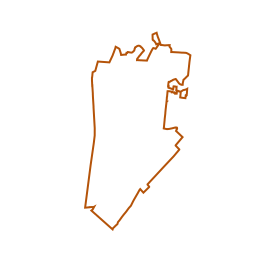 Babiciu, Olt, Romania, rotated 295°
{"feature_id": "2599482B4228575474869", "entity_name": "Babiciu", "entity_type": "district", "adm_level": 2, "iso_a3": "ROU", "parent_name": "Romania", "parent_adm1": "Olt", "projection": "robinson", "projection_center": [24.569, 44.021], "detail": "fine", "context": "isolated", "style": "outline", "palette": "amber", "viewbox_px": 256, "rotation_deg": 295, "n_neighbors": 0, "source": "geoboundaries", "source_scale": "gbopen_adm2", "svg_char_len": 5882}
<svg xmlns="http://www.w3.org/2000/svg" viewBox="0 0 256 256"><g transform="rotate(295 128 128)"><path d="M220.3,153.8L220.6,151.6L220.6,151.4L220.6,151.2L220.7,150.8L220.7,150.4L220.7,150.0L220.7,149.7L220.7,149.4L220.6,148.8L220.6,148.7L220.5,148.4L220.3,148.0L220.2,147.8L220.1,147.4L220.0,147.2L219.6,146.2L218.9,144.6L218.8,144.3L218.5,143.5L218.0,142.2L217.9,141.9L217.6,141.2L216.2,137.7L216.0,137.2L215.4,135.7L215.1,135.1L217.0,134.3L217.5,134.1L217.9,133.8L218.0,133.7L218.2,133.4L218.4,133.0L218.7,132.4L218.9,132.0L219.2,131.5L219.3,131.2L219.5,131.1L219.9,131.0L220.3,130.8L220.7,130.7L219.9,129.1L219.3,128.1L218.5,126.4L218.4,126.4L218.1,125.6L218.0,125.1L217.9,124.7L217.7,124.3L217.6,123.8L217.2,123.0L217.1,122.6L217.5,122.2L218.3,121.5L218.7,121.1L219.7,120.1L219.9,119.9L220.4,119.4L221.5,118.3L223.3,116.4L224.2,115.6L225.3,114.6L225.6,114.3L225.9,114.1L226.4,113.7L225.8,113.2L224.8,112.2L224.0,111.6L223.1,110.8L222.7,111.0L222.1,111.2L221.5,111.5L220.8,111.9L219.9,112.3L218.4,113.1L218.2,113.6L218.3,113.7L218.2,114.1L218.1,114.5L217.9,114.9L217.8,115.2L217.7,115.4L217.4,116.0L217.1,116.5L216.7,117.2L216.2,117.8L215.8,118.2L216.3,118.7L217.5,120.0L218.0,120.6L217.8,120.8L214.7,120.2L214.2,120.1L213.6,120.0L212.3,119.8L211.9,119.7L211.5,119.6L211.4,118.5L211.3,117.9L211.2,117.3L210.7,116.9L210.3,116.9L209.4,116.8L208.1,116.7L202.4,116.6L201.0,116.6L199.8,116.6L198.4,116.6L197.1,116.7L195.9,113.8L195.3,112.3L194.7,110.9L194.1,109.3L193.9,108.9L193.6,108.1L193.3,107.5L193.8,107.3L194.4,107.2L194.6,107.1L195.1,107.2L195.4,107.3L195.8,107.4L196.2,107.5L196.9,107.6L197.8,107.8L198.2,107.9L198.4,107.9L198.8,108.1L199.2,108.2L199.8,108.4L200.1,108.4L200.4,108.5L201.0,108.6L201.7,108.8L202.8,109.1L203.4,109.3L203.9,109.5L204.6,109.7L205.0,109.7L205.3,109.3L205.6,108.7L205.8,108.3L206.1,107.8L206.4,107.2L206.7,106.5L207.0,105.3L207.0,105.1L207.2,104.9L207.3,104.8L207.3,104.6L207.3,104.4L207.3,103.9L207.3,103.6L207.2,103.1L207.0,102.7L206.8,102.4L206.5,102.1L206.1,101.7L205.5,101.3L204.8,101.0L204.6,100.7L204.3,100.5L203.9,100.4L203.5,100.5L203.1,100.6L202.8,100.5L202.2,100.6L201.8,100.8L201.5,100.8L200.8,100.9L200.5,100.8L200.0,100.6L199.5,100.4L198.7,100.1L198.1,99.7L197.9,99.5L197.6,98.7L197.3,97.8L197.1,96.9L196.9,96.1L196.8,95.8L196.7,95.6L196.3,95.6L196.0,95.6L195.7,95.6L195.4,95.4L195.3,95.2L195.3,94.9L193.6,95.1L193.5,94.7L193.2,94.1L191.3,90.9L193.0,89.6L196.1,86.7L196.3,84.7L196.4,82.5L194.2,82.9L193.3,82.9L192.1,83.0L190.1,83.2L189.6,83.2L188.2,83.3L187.4,83.4L179.6,83.4L175.5,72.6L166.0,74.2L165.5,73.9L163.6,72.4L163.3,72.5L163.2,72.5L162.8,72.7L162.1,72.9L161.0,73.3L160.5,73.5L160.2,73.6L159.2,73.9L158.7,74.1L158.3,74.1L156.8,74.8L156.5,75.0L156.2,75.1L155.6,75.4L155.0,75.7L154.3,76.1L153.5,76.5L151.2,77.7L151.3,77.8L150.7,78.1L144.3,81.6L143.6,81.9L143.1,82.2L142.1,82.7L141.7,82.9L132.7,87.8L132.4,87.9L113.8,97.9L107.1,101.0L100.1,103.3L78.3,109.9L37.7,122.8L38.0,123.4L39.0,125.1L39.8,126.5L40.0,126.5L41.6,129.8L41.9,130.3L42.3,130.6L39.2,130.4L37.7,129.7L29.6,156.9L30.8,156.8L31.2,156.9L32.6,157.5L33.3,157.7L35.3,158.5L35.9,158.8L36.2,158.9L36.4,159.0L36.6,159.0L38.3,158.7L38.5,158.7L40.0,159.1L40.6,159.3L44.9,160.1L48.0,160.8L49.8,161.3L51.0,161.6L52.3,161.9L53.5,162.1L55.9,162.6L57.5,163.1L58.5,163.4L58.8,163.5L59.6,163.5L63.4,163.6L65.4,163.7L67.6,163.9L69.9,164.1L71.1,164.2L73.2,164.4L75.2,164.5L76.1,164.6L76.7,164.6L77.0,164.7L77.8,164.9L75.9,169.3L83.4,172.1L83.6,172.1L83.8,171.9L84.9,169.7L85.2,169.5L89.2,170.8L106.9,176.5L116.4,179.6L121.5,181.3L130.1,183.6L130.3,183.5L132.2,178.6L132.5,178.5L142.8,181.3L145.6,172.8L146.4,172.8L147.6,172.8L147.6,172.5L147.7,172.4L148.0,172.4L148.6,172.5L148.8,172.4L149.0,172.2L148.9,171.7L148.8,171.4L148.6,171.1L148.5,170.7L148.0,170.1L146.1,167.8L145.4,166.8L144.9,166.2L144.7,165.9L144.2,165.1L143.8,164.5L143.8,164.3L143.5,163.8L143.3,163.3L143.2,162.8L143.1,162.4L143.0,161.9L142.8,161.1L142.7,160.6L143.3,160.4L144.3,160.1L146.8,159.2L148.2,158.7L150.5,157.9L151.5,157.5L152.1,157.3L153.0,157.0L154.8,156.4L156.6,155.8L158.4,155.1L159.3,154.8L160.1,154.5L163.4,153.4L164.5,153.0L165.8,152.6L167.0,152.2L167.8,151.9L168.2,152.0L168.1,151.8L169.3,151.4L170.6,150.9L171.2,150.7L171.7,150.5L172.4,150.2L172.8,150.2L175.3,149.3L176.2,149.0L176.9,148.7L178.1,148.3L178.3,148.7L178.6,149.4L178.9,150.4L179.2,151.5L179.3,151.8L179.6,152.5L178.9,152.7L179.5,153.9L179.6,154.2L179.9,154.9L179.4,155.1L179.9,156.2L179.1,156.4L179.7,157.6L182.4,156.7L182.8,159.5L182.9,160.6L177.8,162.4L178.2,164.0L178.6,165.3L179.3,167.4L181.7,166.6L181.8,167.0L182.4,166.8L182.6,167.3L183.6,166.9L183.8,166.9L185.9,166.1L188.5,165.1L187.9,164.7L187.2,164.0L186.5,163.2L185.8,162.2L185.6,162.0L183.1,160.4L182.6,155.8L185.2,154.9L185.9,154.6L185.7,154.3L185.5,153.5L185.6,153.4L185.4,152.6L185.2,152.2L185.0,151.7L184.5,151.8L183.8,152.0L182.6,152.5L182.1,152.6L181.9,150.1L181.8,149.1L181.6,148.0L181.6,147.6L183.0,147.2L182.8,146.7L183.6,146.4L185.2,145.9L185.5,145.8L185.8,145.7L186.1,145.6L186.5,145.5L186.9,145.4L187.0,145.4L187.1,145.5L187.3,146.1L187.5,146.3L187.7,146.5L187.9,146.6L188.4,146.8L188.6,146.9L188.7,147.1L188.8,147.2L189.1,147.4L189.3,147.6L189.9,148.0L190.3,148.2L190.5,148.4L191.0,148.8L191.2,149.0L191.6,149.4L191.9,149.8L192.4,150.3L192.5,150.4L192.5,150.6L192.5,150.9L192.4,151.1L191.9,151.8L191.8,152.1L191.6,152.4L191.5,152.7L191.2,153.2L190.9,153.8L190.7,154.1L190.3,154.9L190.1,155.1L190.0,155.5L189.9,155.8L189.8,156.1L189.8,156.3L189.7,156.6L189.7,156.9L189.7,157.3L189.8,157.9L189.9,158.2L189.9,158.5L190.1,158.6L190.2,158.9L190.2,159.1L190.3,159.3L191.2,158.9L191.9,158.7L193.0,158.4L194.0,158.2L195.2,157.9L196.2,158.4L198.0,159.1L199.2,159.5L200.9,160.2L202.2,159.8L203.3,159.4L205.9,158.5L208.0,157.8L209.5,157.3L210.5,156.9L210.9,156.8L213.8,155.8L215.4,155.3L219.6,154.0L220.3,153.8Z" fill="none" stroke="#b45309" stroke-width="2"/></g></svg>